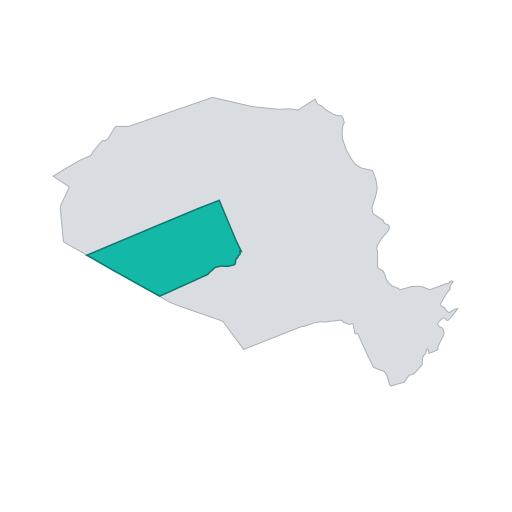 location of Iférouane, Agadez, Niger, rotated 248°
{"feature_id": "23599985B42361363165505", "entity_name": "Iférouane", "entity_type": "district", "adm_level": 2, "iso_a3": "NER", "parent_name": "Niger", "parent_adm1": "Agadez", "projection": "equal_earth", "projection_center": [8.793, 20.451], "detail": "fine", "context": "in_parent", "style": "filled", "palette": "teal", "viewbox_px": 512, "rotation_deg": 248, "n_neighbors": 0, "source": "geoboundaries", "source_scale": "gbopen_adm2", "svg_char_len": 3827}
<svg xmlns="http://www.w3.org/2000/svg" viewBox="0 0 512 512"><g transform="rotate(248 256 256)"><path d="M379.3,369.6L375.3,369.7L373.0,370.6L370.2,373.5L367.0,374.6L363.1,377.2L360.7,379.2L358.4,380.8L355.2,384.7L354.2,387.7L351.0,388.3L346.6,387.8L343.7,384.8L337.2,381.7L332.9,380.4L331.0,380.0L321.0,379.5L310.3,380.7L304.9,382.2L303.9,382.5L300.8,384.4L298.3,386.5L291.4,396.1L282.2,395.8L276.9,394.7L272.3,393.2L265.8,388.7L257.8,381.9L254.8,380.9L252.0,380.4L251.1,380.5L241.6,387.3L239.7,387.2L237.5,387.9L236.0,389.6L234.9,390.5L233.8,390.6L232.3,390.3L230.8,389.2L229.4,387.3L225.5,379.7L224.7,378.4L223.0,376.1L220.2,372.6L218.3,371.0L217.1,370.5L215.7,370.8L208.1,367.8L200.5,364.6L198.8,365.0L197.6,365.7L195.0,368.0L191.9,368.5L187.9,368.3L185.8,368.0L182.3,368.7L180.0,369.7L176.9,371.3L172.9,375.6L171.8,376.2L170.8,376.9L169.4,388.8L168.3,392.4L166.3,397.2L162.3,401.7L159.6,404.5L159.5,408.2L159.2,414.2L159.2,418.4L159.3,421.1L158.9,422.4L158.7,423.6L158.8,425.3L159.5,426.2L159.8,427.3L159.6,428.2L158.3,429.2L156.9,426.5L155.1,424.6L153.1,423.8L151.8,422.4L151.1,420.5L148.5,416.7L142.6,409.3L142.0,409.1L141.0,408.8L139.3,409.7L138.2,410.9L137.5,411.4L136.4,411.5L133.5,412.4L131.2,413.6L131.2,414.6L132.2,420.2L131.7,423.3L130.7,421.8L127.4,416.2L125.2,411.9L124.8,411.0L124.5,409.6L124.7,408.9L125.6,408.5L127.7,407.9L128.1,407.5L128.2,406.4L127.9,404.2L126.8,401.3L125.6,399.4L124.9,399.0L123.7,398.9L122.3,399.2L119.7,401.5L118.6,402.0L116.0,401.8L113.7,401.3L112.2,400.1L108.1,395.4L103.4,390.5L101.5,389.8L101.0,389.3L100.8,385.4L100.9,380.9L101.2,379.7L103.1,380.4L105.2,380.7L105.9,379.9L104.2,378.3L101.8,376.6L101.0,374.1L100.3,373.3L99.3,372.4L98.0,371.9L96.8,371.2L96.0,370.5L94.6,370.2L93.1,369.6L91.1,365.6L89.1,361.7L87.9,358.6L87.5,356.7L88.1,353.6L87.5,352.3L85.3,349.1L83.4,346.1L84.0,341.5L84.4,337.7L84.5,335.2L84.8,333.9L85.0,332.3L86.3,331.8L89.5,331.9L95.8,332.6L100.8,331.8L101.1,331.6L104.7,327.5L108.7,323.2L114.6,322.8L121.0,322.3L126.0,322.1L133.3,321.8L139.2,321.5L146.1,321.2L146.3,319.2L146.7,318.7L147.4,318.6L152.4,319.7L157.1,320.7L157.5,317.0L161.7,312.3L164.0,311.4L164.6,310.5L165.4,309.0L165.9,306.5L166.1,304.8L167.0,303.4L167.6,300.7L168.5,296.1L170.9,291.2L172.3,284.6L172.5,278.3L172.8,273.4L173.5,272.4L173.6,263.8L173.6,255.2L173.7,247.9L173.8,238.9L173.8,230.9L173.9,222.3L173.9,214.6L174.0,209.5L178.7,208.3L183.6,207.1L190.8,205.2L198.6,203.2L207.1,201.0L209.0,199.7L215.4,192.3L218.3,189.0L224.1,182.4L228.5,177.3L234.2,170.9L240.1,164.3L244.9,159.2L252.3,153.3L263.5,144.4L274.7,135.6L285.8,126.8L297.0,117.9L308.1,109.1L319.2,100.3L330.3,91.5L341.3,82.8L352.5,86.1L363.2,89.3L373.9,92.5L376.4,94.2L382.2,100.5L389.5,108.5L389.9,108.6L390.2,108.6L397.1,103.9L406.1,97.8L408.7,114.4L410.8,128.8L411.0,137.9L411.1,140.3L411.9,141.9L413.6,143.5L420.6,156.8L419.2,159.1L420.3,163.2L422.0,165.0L427.8,172.9L428.6,174.5L428.3,175.7L424.5,185.0L423.8,187.3L423.2,199.3L422.8,207.7L422.2,219.2L421.5,233.1L420.9,244.8L420.1,260.3L419.4,275.0L413.7,283.1L403.7,297.4L395.5,309.1L391.4,316.9L383.4,332.3L379.9,342.2L377.1,347.4L375.6,349.6L377.0,356.9L379.3,369.6Z" fill="#d9dde1" stroke="#a8b0b8" stroke-width="1"/><path d="M265.8,244.1L273.0,243.6L278.3,243.3L290.5,243.1L300.9,243.0L307.2,242.9L321.4,242.8L321.7,221.6L321.6,212.4L321.2,174.6L320.1,99.3L316.5,102.4L308.9,108.2L296.6,117.9L282.2,129.5L268.3,140.7L254.8,151.7L257.0,204.4L258.2,206.8L259.1,209.5L259.7,211.2L260.8,214.1L260.5,215.6L260.1,217.5L259.7,220.1L259.2,221.1L258.4,222.7L257.7,224.4L257.2,225.2L256.9,226.7L256.6,227.9L256.3,230.6L256.1,232.0L256.1,233.1L257.3,234.2L259.0,235.3L260.4,235.9L260.7,236.4L260.8,237.0L261.4,238.4L261.9,239.1L262.7,239.6L263.1,240.2L263.3,241.4L264.3,242.4L266.3,242.7L266.7,243.0L265.8,244.1Z" fill="#14b8a6" stroke="#0f766e" stroke-width="1.5"/></g></svg>